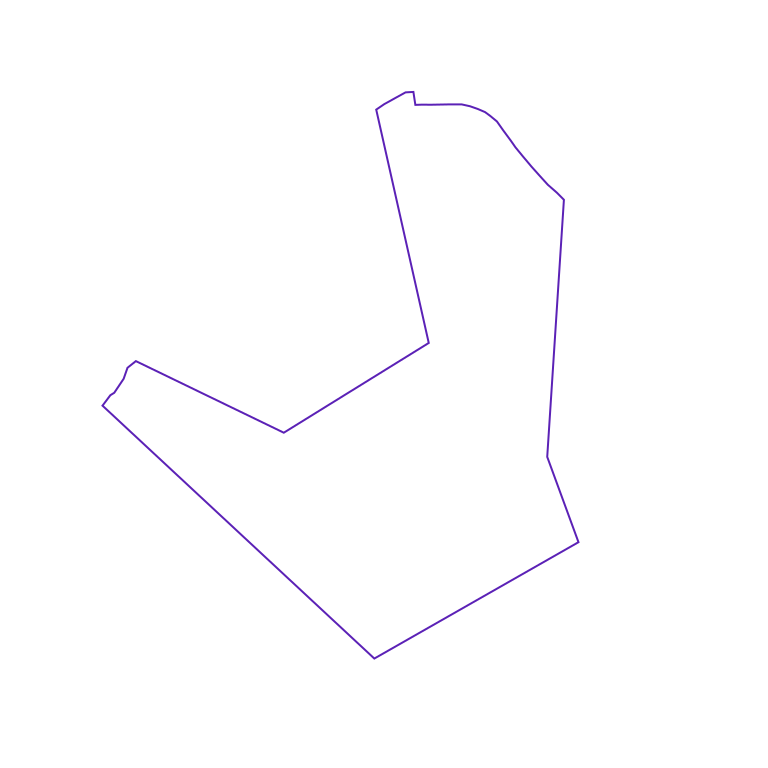 Ukaeb, Melekeok, Palau (Mercator projection), rotated 238°
{"feature_id": "81905179B87979542082634", "entity_name": "Ukaeb", "entity_type": "district", "adm_level": 2, "iso_a3": "PLW", "parent_name": "Palau", "parent_adm1": "Melekeok", "projection": "mercator", "projection_center": [134.634, 7.496], "detail": "fine", "context": "isolated", "style": "outline", "palette": "violet", "viewbox_px": 768, "rotation_deg": 238, "n_neighbors": 0, "source": "geoboundaries", "source_scale": "gbopen_adm2", "svg_char_len": 610}
<svg xmlns="http://www.w3.org/2000/svg" viewBox="0 0 768 768"><g transform="rotate(238 384 384)"><path d="M156.3,230.3L146.8,465.1L235.7,483.8L444.9,634.2L454.6,632.0L466.2,628.5L479.0,626.2L490.0,624.3L503.4,622.4L515.0,620.9L522.9,620.5L536.0,619.5L546.8,618.9L554.9,616.2L561.0,613.8L567.5,609.3L574.0,604.1L579.9,598.1L586.3,587.9L593.2,576.4L596.2,571.4L600.5,564.7L604.1,558.5L616.1,563.7L619.9,556.8L620.5,545.9L621.2,532.6L620.8,522.8L395.1,443.7L395.8,273.2L534.9,185.7L533.7,175.1L526.4,166.0L519.5,150.6L519.5,146.0L514.8,133.8L156.3,230.3Z" fill="none" stroke="#5b21b6" stroke-width="2"/></g></svg>